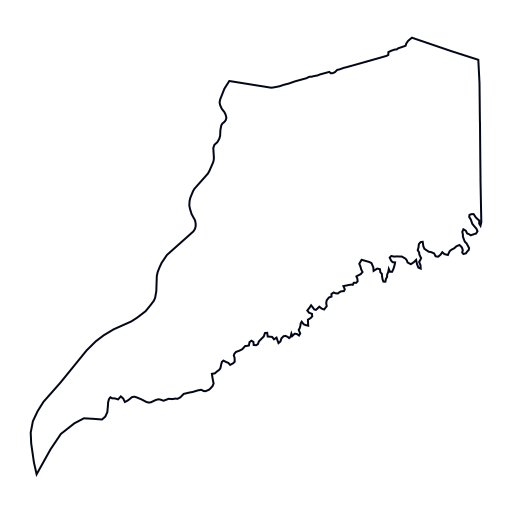 the district of Nova Olinda do Maranhão, Maranhão, Brazil
{"feature_id": "56859067B29640445258953", "entity_name": "Nova Olinda do Maranhão", "entity_type": "district", "adm_level": 2, "iso_a3": "BRA", "parent_name": "Brazil", "parent_adm1": "Maranhão", "projection": "robinson", "projection_center": [-45.942, -2.948], "detail": "fine", "context": "isolated", "style": "outline", "palette": "ink", "viewbox_px": 512, "rotation_deg": 0, "n_neighbors": 0, "source": "geoboundaries", "source_scale": "gbopen_adm2", "svg_char_len": 4566}
<svg xmlns="http://www.w3.org/2000/svg" viewBox="0 0 512 512"><path d="M480.5,225.7L481.3,222.3L480.5,180.2L480.5,177.2L480.3,159.0L480.1,137.2L480.0,122.9L479.9,120.8L479.5,83.0L478.3,59.8L451.8,51.3L411.9,37.7L409.7,39.5L407.9,41.1L406.3,43.5L405.6,45.7L403.5,46.5L398.2,48.3L396.7,49.4L394.5,49.6L391.1,50.8L388.4,52.1L388.3,54.9L386.5,55.9L377.4,58.5L348.3,66.7L345.7,67.4L343.6,67.9L339.5,69.4L337.2,69.9L335.0,72.1L332.9,73.1L330.9,73.3L329.3,71.9L319.8,74.5L317.4,75.5L314.4,76.0L311.6,76.7L309.2,76.8L306.5,78.2L298.1,80.5L295.2,81.3L288.6,83.6L283.8,84.8L279.4,86.3L273.2,87.5L271.0,87.7L262.5,86.3L259.8,85.9L254.2,85.0L229.3,81.0L224.4,88.7L220.1,99.6L219.6,102.5L220.1,105.0L221.7,108.7L224.3,112.0L225.6,114.6L226.4,117.8L225.7,120.2L224.3,122.0L222.4,123.5L221.3,125.3L220.4,130.1L220.1,135.9L219.3,138.7L217.4,142.1L214.4,144.8L213.3,148.0L213.9,157.9L213.7,160.1L213.2,162.2L209.4,170.9L207.9,173.6L194.3,188.9L192.9,191.5L190.4,197.6L189.6,200.8L189.3,205.4L190.0,208.9L191.6,214.1L195.1,220.5L195.7,224.0L195.6,226.5L195.0,228.8L193.4,231.4L166.9,255.0L161.6,262.9L159.3,267.9L157.6,272.3L156.8,276.2L156.3,291.2L155.1,297.9L153.8,300.8L150.4,305.3L145.6,311.2L137.1,317.7L131.2,321.5L113.7,329.3L103.7,335.3L95.7,341.4L86.6,350.4L61.2,381.7L59.4,383.8L43.5,401.8L37.6,411.2L32.9,421.2L30.7,432.6L31.2,443.5L33.9,462.3L36.6,474.3L50.6,449.2L60.9,433.9L74.4,423.3L83.9,418.3L92.9,418.8L102.0,419.5L105.3,416.6L106.3,414.4L107.3,412.2L107.9,406.1L108.1,402.4L109.0,399.1L110.4,397.3L112.1,398.3L114.9,398.4L118.1,399.4L120.8,396.4L123.2,398.5L124.9,402.0L127.3,400.8L129.5,399.2L132.0,397.1L134.5,396.7L137.0,397.5L141.9,399.6L146.0,401.8L148.6,402.6L150.9,402.3L155.5,400.1L157.8,399.4L159.7,399.4L163.5,400.7L166.0,399.8L168.7,398.8L172.3,399.1L175.3,398.6L177.5,398.8L180.3,397.4L183.7,393.9L189.6,392.5L192.6,392.0L197.8,390.4L201.3,389.8L203.6,391.0L205.5,391.2L208.9,389.8L210.5,388.4L212.6,386.0L213.6,383.5L212.9,380.1L212.3,376.6L211.9,373.8L214.8,373.4L217.2,371.3L219.4,369.7L220.5,367.9L221.1,364.8L221.9,361.9L223.4,360.6L226.3,362.1L228.4,362.9L230.1,364.9L233.1,363.3L234.7,361.7L234.6,357.9L233.8,355.5L234.4,353.7L236.0,351.9L238.6,351.0L240.8,350.0L242.3,349.2L245.2,346.0L246.9,345.9L248.9,345.5L249.5,342.2L251.4,340.7L253.4,341.9L253.7,345.0L256.2,345.2L258.0,344.0L258.8,341.5L263.8,336.4L265.0,333.0L267.2,332.8L267.7,336.5L269.9,336.7L272.1,336.9L274.0,339.3L276.5,337.6L277.8,341.2L278.5,343.1L280.4,341.5L281.5,338.3L283.6,336.2L285.5,335.9L287.7,336.9L289.1,338.1L290.6,336.8L291.4,333.6L292.3,336.0L294.7,333.7L296.9,334.0L299.0,335.5L300.2,333.5L298.7,329.9L299.7,328.2L300.4,325.7L300.7,323.4L301.7,321.7L303.7,324.3L305.7,325.1L308.2,325.7L308.0,322.7L307.9,319.7L310.6,318.1L312.2,316.4L312.0,313.9L309.0,312.7L307.3,310.5L309.2,308.1L311.1,305.3L312.7,307.3L314.2,309.4L315.9,309.9L317.6,308.4L319.3,306.7L321.7,308.6L324.1,309.5L326.7,306.2L326.2,303.1L326.7,300.3L328.9,297.5L331.5,296.6L331.4,294.1L333.6,292.5L335.2,293.2L337.8,293.5L339.4,292.3L340.9,291.4L343.9,291.1L344.8,289.3L343.4,286.1L345.9,285.6L348.8,285.0L351.1,284.6L352.8,284.8L353.7,282.8L356.3,282.8L357.6,281.3L357.4,278.8L356.4,276.4L358.0,275.5L360.8,274.1L362.5,272.0L361.3,269.7L360.4,266.5L359.3,263.8L360.6,261.5L361.6,259.8L364.1,260.5L369.3,262.0L371.5,263.1L373.3,267.4L373.6,270.9L377.2,268.6L379.9,269.2L380.4,272.4L381.9,273.9L382.0,276.1L382.6,279.5L383.4,281.6L385.4,281.7L385.9,279.0L387.0,277.0L387.2,274.5L388.3,271.8L388.8,269.0L390.0,271.8L392.1,271.8L393.4,269.0L394.5,265.4L395.1,262.4L392.6,262.2L391.1,260.6L389.7,257.6L391.3,256.0L394.0,256.6L396.8,256.4L399.3,256.5L401.7,256.5L405.4,258.6L406.8,260.3L407.5,262.4L410.8,264.2L413.7,262.3L416.1,259.9L417.0,264.1L418.4,267.6L420.7,268.6L420.5,265.2L419.1,262.0L420.3,260.0L421.1,258.1L419.4,254.7L419.1,252.3L417.7,250.2L418.5,247.4L418.9,244.1L420.6,242.1L422.7,241.8L423.3,246.2L424.4,248.8L428.7,251.7L431.3,252.2L434.1,253.4L435.6,256.3L438.2,256.7L440.5,254.7L442.3,252.2L444.4,254.1L447.9,255.0L448.9,252.7L449.8,251.0L451.5,249.7L454.2,248.3L456.4,246.3L459.4,245.0L460.8,246.2L462.0,247.7L462.8,250.1L462.2,252.5L463.4,254.0L466.0,253.3L467.2,251.5L468.7,250.0L469.1,248.1L467.9,245.8L466.5,243.3L464.9,241.8L464.0,239.7L462.9,236.6L462.9,234.5L462.3,231.9L463.4,229.3L465.8,230.7L467.1,233.4L469.2,234.3L470.7,235.3L474.2,234.1L476.1,233.5L477.5,231.2L476.4,228.7L473.9,225.8L472.3,223.8L470.8,219.5L469.2,217.0L469.5,214.9L471.1,214.2L473.6,214.1L475.8,217.4L477.5,219.1L479.2,220.5L479.2,223.6L480.5,225.7Z" fill="none" stroke="#020617" stroke-width="2"/></svg>